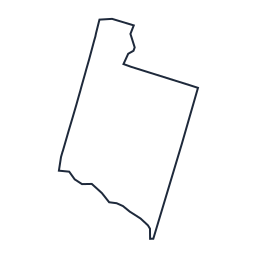 Obion, Tennessee, United States of America (Mercator projection), rotated 285°
{"feature_id": "52423323B36027695230289", "entity_name": "Obion", "entity_type": "district", "adm_level": 2, "iso_a3": "USA", "parent_name": "United States of America", "parent_adm1": "Tennessee", "projection": "mercator", "projection_center": [-89.125, 36.354], "detail": "fine", "context": "isolated", "style": "outline", "palette": "slate", "viewbox_px": 256, "rotation_deg": 285, "n_neighbors": 0, "source": "geoboundaries", "source_scale": "gbopen_adm2", "svg_char_len": 698}
<svg xmlns="http://www.w3.org/2000/svg" viewBox="0 0 256 256"><g transform="rotate(285 128 128)"><path d="M185.3,177.3L187.9,115.1L188.6,107.1L199.8,109.0L204.0,113.3L207.6,113.6L219.5,106.0L228.6,107.0L229.3,84.4L225.3,72.4L223.1,72.4L211.0,72.6L208.0,72.8L203.5,72.7L183.9,72.7L173.2,72.5L171.1,72.5L170.1,72.5L162.8,72.4L155.5,72.3L151.5,72.3L146.0,72.2L137.8,72.1L137.1,72.1L124.0,71.8L123.9,71.8L109.5,71.4L89.0,71.0L88.1,70.9L82.7,70.8L68.9,72.3L70.6,82.5L64.6,89.8L61.9,98.1L64.6,107.5L58.4,119.6L51.4,129.0L52.4,136.5L51.3,143.3L47.7,151.3L43.8,163.6L39.1,172.5L36.4,175.3L26.7,178.0L27.6,181.1L126.6,184.1L184.9,185.2L185.3,177.3Z" fill="none" stroke="#1e293b" stroke-width="2"/></g></svg>